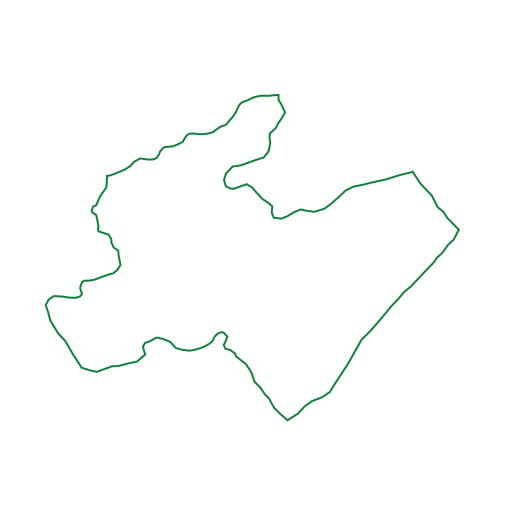 the district of Skellefteå, Västerbotten, Sweden, rotated 108°
{"feature_id": "70781695B28951573568604", "entity_name": "Skellefteå", "entity_type": "district", "adm_level": 2, "iso_a3": "SWE", "parent_name": "Sweden", "parent_adm1": "Västerbotten", "projection": "mercator", "projection_center": [20.47, 64.835], "detail": "fine", "context": "isolated", "style": "outline", "palette": "green", "viewbox_px": 512, "rotation_deg": 108, "n_neighbors": 0, "source": "geoboundaries", "source_scale": "gbopen_adm2", "svg_char_len": 2719}
<svg xmlns="http://www.w3.org/2000/svg" viewBox="0 0 512 512"><g transform="rotate(108 256 256)"><path d="M168.3,71.2L160.7,85.8L156.0,91.5L153.6,98.1L144.2,107.5L140.4,114.6L136.2,122.1L128.0,132.4L127.4,132.7L130.6,137.7L134.5,144.2L139.5,151.1L143.4,156.7L150.5,168.9L155.0,176.0L160.0,184.9L166.3,191.2L175.5,196.2L183.2,200.7L190.0,205.7L196.0,214.3L197.4,222.4L198.0,228.0L202.2,233.0L208.4,238.4L212.6,243.4L214.1,250.9L209.9,254.4L203.7,255.9L201.6,261.0L199.8,267.5L194.8,276.4L192.1,280.6L190.6,287.1L194.5,292.1L198.9,297.8L199.8,301.6L198.9,306.4L193.3,310.0L186.8,310.0L178.1,305.8L174.3,298.1L168.9,291.3L163.0,283.5L160.0,279.1L152.6,276.4L144.3,277.3L138.6,280.0L135.1,280.6L128.2,276.7L122.6,275.8L116.7,274.0L110.4,272.8L107.2,275.8L103.6,279.1L100.9,282.6L95.9,284.4L96.5,286.1L99.8,293.7L102.1,301.0L105.9,307.4L110.4,312.0L114.0,316.6L117.1,318.5L126.4,319.8L131.3,321.3L135.7,323.2L140.6,325.3L144.2,329.9L148.2,332.9L151.7,335.4L153.6,338.2L155.7,342.2L157.6,347.3L158.7,352.7L159.8,355.9L161.2,358.2L164.4,359.7L170.1,361.0L173.3,364.1L176.9,368.3L179.0,372.4L180.4,376.2L182.1,377.8L186.3,379.5L190.1,379.8L193.5,380.8L195.8,383.5L197.3,387.4L198.2,391.4L199.0,396.2L202.2,399.3L204.1,401.1L208.9,403.0L214.4,407.6L218.2,412.0L224.1,419.0L225.9,422.5L229.8,421.3L236.6,419.5L240.8,420.7L246.7,422.5L251.2,423.1L257.1,423.7L259.2,426.1L263.7,426.4L265.2,424.9L266.3,420.7L270.2,418.4L276.1,415.1L279.4,414.5L281.2,413.6L281.2,408.3L281.2,402.9L284.8,398.8L288.0,397.6L291.9,394.0L293.4,388.7L298.4,386.6L306.4,382.1L312.1,383.6L316.5,386.3L318.9,390.1L324.0,396.7L328.7,402.6L331.4,408.0L332.3,411.2L334.3,413.3L339.1,413.6L341.5,413.0L345.9,409.7L348.9,410.9L351.6,414.8L353.4,421.3L354.5,428.2L356.6,435.9L361.4,439.7L367.8,440.8L373.4,436.5L381.0,431.6L390.6,420.4L395.7,411.3L401.1,405.2L406.7,399.0L412.7,391.4L416.1,387.4L416.1,379.3L415.4,371.7L409.4,364.0L405.3,358.6L403.2,353.0L396.8,342.9L393.3,336.7L388.3,333.5L383.9,330.9L380.6,333.3L377.1,335.6L373.0,334.6L370.1,330.9L364.3,325.3L363.6,318.8L364.2,311.0L368.2,303.7L368.0,297.5L366.7,290.2L364.3,285.7L362.0,282.0L358.5,277.6L353.5,272.9L350.0,271.0L345.6,270.4L341.9,268.7L339.4,266.0L338.8,263.3L341.5,258.3L346.8,258.6L350.6,259.2L353.7,256.3L353.3,251.7L355.3,245.7L357.8,243.8L360.1,237.0L362.0,232.2L366.5,226.2L370.3,222.7L375.9,218.8L379.8,211.3L384.6,205.1L387.3,199.9L394.7,192.0L398.8,183.8L402.2,175.9L402.5,175.3L392.9,167.4L383.9,163.2L376.9,158.0L369.8,149.5L362.7,143.8L354.7,141.9L330.6,135.3L302.8,129.7L292.9,124.5L276.3,117.4L261.7,111.7L253.2,107.5L244.7,104.2L236.7,99.0L222.5,92.4L207.9,85.3L201.8,83.4L196.1,80.1L186.2,76.8L179.1,73.0L168.3,71.2Z" fill="none" stroke="#15803d" stroke-width="2"/></g></svg>